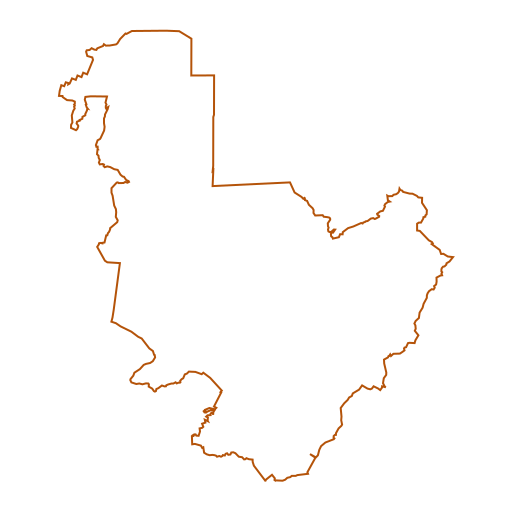 San Juanito de Escobedo, Jalisco, Mexico
{"feature_id": "50627088B12076447392742", "entity_name": "San Juanito de Escobedo", "entity_type": "district", "adm_level": 2, "iso_a3": "MEX", "parent_name": "Mexico", "parent_adm1": "Jalisco", "projection": "albers", "projection_center": [-104.014, 20.814], "detail": "fine", "context": "isolated", "style": "outline", "palette": "amber", "viewbox_px": 512, "rotation_deg": 0, "n_neighbors": 0, "source": "geoboundaries", "source_scale": "gbopen_adm2", "svg_char_len": 6005}
<svg xmlns="http://www.w3.org/2000/svg" viewBox="0 0 512 512"><path d="M443.0,266.7L444.5,266.4L446.3,264.7L446.5,263.3L449.5,261.5L453.0,257.1L447.8,256.5L443.4,253.8L441.1,254.0L439.7,249.9L431.7,244.1L432.8,243.4L432.0,242.1L428.8,240.3L419.8,230.9L417.1,230.5L417.1,223.7L418.8,222.6L421.0,222.6L423.3,218.5L423.4,217.2L425.3,216.7L425.4,215.4L426.6,214.4L426.9,210.2L422.0,202.8L422.1,197.8L418.3,197.4L416.9,195.9L412.5,193.7L409.6,193.6L403.1,191.9L402.3,190.7L400.4,190.0L399.5,188.6L399.0,191.6L397.8,193.1L396.2,194.2L393.5,194.8L392.3,196.1L388.4,196.2L387.3,195.6L387.9,200.3L389.8,201.6L387.8,202.0L385.1,204.1L384.4,205.6L385.0,206.6L382.9,210.8L380.3,211.4L377.1,213.8L377.3,214.6L379.2,216.0L379.1,216.8L375.4,218.8L374.7,219.0L373.2,218.1L370.8,218.6L367.6,221.0L365.5,221.4L365.0,222.0L363.3,222.5L362.6,223.5L361.2,223.0L353.3,226.5L348.1,228.1L342.8,232.1L342.6,234.3L340.1,234.2L338.9,237.2L332.9,238.6L332.5,237.3L331.2,236.4L330.9,234.2L331.3,232.7L333.0,232.7L335.1,229.6L333.9,229.5L331.3,231.8L329.7,232.1L328.4,231.4L328.0,229.5L328.6,227.6L328.0,226.3L327.8,223.3L330.2,219.7L330.1,218.4L329.3,217.6L327.6,217.2L323.7,216.7L322.7,215.2L315.2,215.5L313.5,213.0L313.6,210.0L312.6,208.2L308.9,204.8L307.1,200.9L305.0,200.1L304.8,198.2L304.5,197.9L303.3,198.8L301.5,196.9L294.6,192.5L290.0,182.4L212.6,186.1L213.3,170.2L212.7,170.8L213.2,165.9L213.3,117.0L214.0,114.8L214.1,75.4L191.3,75.5L191.4,38.7L179.2,31.2L166.1,30.7L131.9,31.0L126.5,33.9L125.5,33.5L120.2,38.9L117.4,43.4L116.1,44.4L109.8,45.5L105.8,45.6L103.9,44.2L103.0,46.0L97.3,48.3L96.4,49.9L94.3,49.6L91.6,48.2L89.6,50.0L86.7,50.3L86.1,51.7L87.3,56.0L92.3,57.4L93.0,59.9L87.1,74.3L83.2,72.7L81.5,77.1L77.5,75.5L75.8,79.9L72.0,78.4L69.7,83.5L68.3,84.3L68.5,83.1L65.8,82.3L64.2,86.2L61.3,85.2L59.7,90.9L59.0,95.9L62.5,96.0L62.7,97.1L67.0,100.1L72.3,100.5L74.8,101.6L74.8,103.9L74.1,104.6L74.8,105.7L74.1,106.7L74.7,108.5L73.3,110.7L71.8,115.4L72.4,122.5L71.1,124.8L71.0,127.9L76.0,130.2L77.2,129.1L78.2,126.7L78.2,125.6L76.6,123.5L77.0,121.7L79.8,120.6L79.6,120.0L82.3,118.8L82.5,116.8L85.3,115.3L85.3,114.0L87.0,110.4L87.3,108.4L87.6,108.5L86.7,107.3L85.8,104.7L86.4,104.3L84.8,99.7L85.4,96.9L90.8,96.3L107.0,96.5L105.5,102.6L106.5,104.6L105.8,106.0L105.8,107.9L106.5,109.1L107.2,107.6L108.2,107.0L107.6,109.3L105.0,114.5L104.9,116.5L104.0,118.4L104.0,123.2L104.6,126.8L104.1,130.6L100.6,138.1L100.0,139.0L97.6,140.3L95.9,145.1L96.4,146.8L97.6,146.6L97.7,147.1L97.6,148.9L98.0,149.5L97.5,149.6L97.0,154.2L98.5,155.7L98.7,157.9L99.8,160.0L98.9,162.6L99.8,164.4L102.7,164.0L104.0,164.6L103.5,165.9L104.7,167.2L107.3,166.4L110.3,167.1L114.2,169.2L117.7,169.9L120.5,174.7L122.6,176.5L124.0,176.8L126.2,180.0L128.6,181.1L129.0,181.9L127.5,182.7L125.1,182.0L123.5,183.0L118.7,183.1L117.8,182.4L116.7,182.6L111.5,188.2L111.5,192.7L112.6,195.7L114.2,205.6L115.9,209.1L116.2,212.3L115.8,216.9L117.7,220.3L117.2,222.2L110.1,228.2L110.1,229.4L109.1,231.8L107.9,233.2L107.3,235.3L106.2,235.4L104.5,242.5L102.0,242.9L102.1,243.3L100.2,242.9L99.0,243.3L98.9,244.3L97.2,246.9L104.9,260.7L107.3,262.3L119.9,263.1L113.7,309.9L112.5,317.5L111.4,321.7L115.9,323.2L120.6,326.4L131.4,331.7L138.2,336.8L141.7,338.5L149.3,348.4L152.9,351.0L154.1,354.8L154.7,355.0L155.1,357.4L152.8,361.2L150.1,363.0L146.0,363.9L143.7,364.9L139.9,369.1L134.4,372.7L133.3,375.7L130.5,379.1L130.3,380.1L131.4,382.4L136.3,384.0L139.3,383.5L142.4,384.3L145.9,383.4L148.3,383.5L148.9,384.3L148.7,386.6L152.2,388.6L153.9,391.1L154.9,391.6L155.9,391.1L156.4,389.0L158.3,388.2L161.9,385.5L164.5,386.4L165.9,386.3L166.3,385.3L168.1,384.5L171.6,383.5L173.4,383.5L175.6,382.3L176.7,383.4L178.7,382.6L179.9,382.7L180.4,382.3L180.2,380.8L181.6,379.2L183.2,378.3L184.8,374.4L186.9,373.6L188.9,371.6L195.4,371.9L201.7,374.2L203.3,372.7L210.2,377.9L221.8,390.6L220.5,392.1L221.2,392.5L214.0,406.5L216.3,407.8L214.8,409.3L209.4,408.0L205.1,409.8L205.4,410.7L204.3,410.7L203.7,411.2L204.5,412.4L205.9,412.6L207.5,411.5L211.3,410.0L211.7,410.5L213.5,410.0L214.5,410.3L213.4,411.9L213.1,414.8L212.9,413.0L211.3,413.0L210.5,413.8L210.6,415.1L207.5,415.3L206.2,416.6L207.9,417.5L207.6,420.6L207.9,421.2L204.8,419.7L205.4,422.6L202.1,423.7L203.3,426.8L202.2,427.8L199.6,428.4L200.0,431.5L198.6,435.8L196.3,435.6L195.6,434.4L194.2,434.4L193.1,435.1L193.8,435.5L193.5,436.0L191.9,436.3L192.2,444.3L194.9,443.9L200.9,445.6L202.2,447.9L203.3,447.3L204.1,452.7L206.7,454.3L209.6,455.2L212.5,454.9L214.6,455.2L216.1,455.7L217.0,456.7L219.3,456.0L221.0,456.7L222.4,456.0L222.9,455.1L224.8,455.5L225.6,453.8L227.1,453.3L228.3,454.8L230.4,454.5L231.3,452.5L233.3,452.3L235.4,453.2L238.8,456.7L242.1,457.2L244.1,459.4L245.4,459.2L246.4,458.2L248.9,459.2L252.6,459.6L252.7,462.0L253.9,465.7L265.7,481.3L265.5,480.0L272.0,474.8L274.8,478.3L274.5,480.0L275.5,480.7L276.0,480.4L282.6,480.7L285.2,479.7L287.3,477.8L290.3,477.1L291.7,475.9L295.7,475.9L297.3,475.1L308.0,473.8L307.4,472.2L315.4,457.7L310.0,454.1L315.9,457.4L317.9,455.3L319.3,449.8L321.1,446.1L325.4,442.5L333.8,439.2L334.4,438.4L333.6,437.7L333.7,436.0L334.9,434.9L335.9,434.9L336.0,433.1L338.6,428.4L341.3,425.9L342.1,424.6L341.2,420.2L341.5,416.6L340.7,408.0L344.2,403.3L347.7,399.9L349.1,397.5L351.8,396.0L352.8,393.4L359.1,389.6L362.1,385.4L367.5,388.6L370.3,389.3L371.9,388.6L373.6,386.3L378.1,388.5L380.2,390.1L382.0,387.6L382.1,386.3L385.8,387.3L384.8,386.6L383.0,383.2L383.8,378.2L386.2,374.9L386.3,372.5L384.2,363.5L384.0,359.6L388.0,357.4L388.5,356.1L389.2,356.0L390.2,354.4L391.0,356.0L393.4,353.8L399.9,353.6L402.0,352.2L404.5,350.4L404.0,348.6L404.5,347.6L406.1,347.2L408.0,343.1L409.5,342.8L414.6,343.1L415.4,340.3L418.4,335.3L414.8,330.8L415.7,328.8L415.4,325.4L414.4,323.5L415.7,320.9L418.9,318.0L419.6,312.6L422.6,307.7L423.6,303.8L426.8,297.9L426.9,295.3L427.6,293.3L429.0,291.2L431.7,289.2L433.6,289.5L434.7,287.7L434.1,286.1L436.1,284.5L436.6,281.7L436.5,277.6L440.5,275.5L442.1,275.3L441.5,273.6L442.2,272.2L441.4,271.4L441.4,269.6L441.7,268.3L443.0,266.7Z" fill="none" stroke="#b45309" stroke-width="2"/></svg>